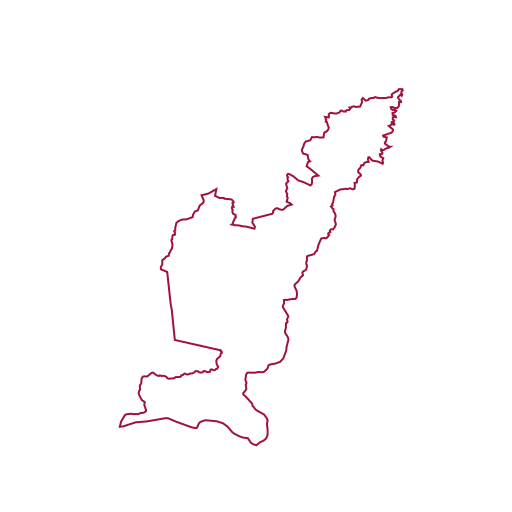 outline of Tetu, Central, Kenya, rotated 291°
{"feature_id": "3690345B96542987367119", "entity_name": "Tetu", "entity_type": "district", "adm_level": 2, "iso_a3": "KEN", "parent_name": "Kenya", "parent_adm1": "Central", "projection": "equal_earth", "projection_center": [36.862, -0.453], "detail": "fine", "context": "isolated", "style": "outline", "palette": "rose", "viewbox_px": 512, "rotation_deg": 291, "n_neighbors": 0, "source": "geoboundaries", "source_scale": "gbopen_adm2", "svg_char_len": 6113}
<svg xmlns="http://www.w3.org/2000/svg" viewBox="0 0 512 512"><g transform="rotate(291 256 256)"><path d="M47.8,190.0L49.3,193.0L57.7,203.4L62.3,213.1L72.5,230.2L73.0,232.6L72.7,240.7L73.0,257.5L73.7,261.4L74.7,262.5L79.3,262.7L80.9,263.4L83.4,265.9L84.8,268.3L85.2,269.8L87.6,278.5L88.0,285.2L86.5,290.6L83.3,296.4L82.4,299.0L81.7,305.0L81.8,308.9L83.0,313.6L79.8,318.3L79.3,320.6L79.4,324.1L83.4,326.4L86.3,329.2L89.4,330.9L93.3,330.9L98.4,328.9L103.1,326.4L106.6,325.8L108.2,324.5L110.9,320.4L112.0,312.6L112.8,310.0L114.2,308.1L114.7,306.5L116.5,305.6L117.1,304.7L120.8,297.4L122.2,293.7L123.6,293.2L125.8,294.2L128.5,294.6L131.8,292.7L134.2,292.6L136.4,290.5L141.4,289.3L143.7,289.6L144.4,290.6L146.6,296.7L148.7,300.0L149.6,303.4L150.8,305.0L154.7,307.0L158.6,306.9L160.3,308.8L162.6,312.8L165.8,316.4L170.1,318.2L178.7,318.1L182.2,317.1L189.9,316.2L192.1,314.3L194.6,310.8L195.9,310.0L199.8,309.6L204.0,308.1L205.1,309.0L206.1,309.0L207.6,307.7L211.4,307.8L218.0,299.3L219.1,298.9L221.9,299.2L224.9,297.8L225.6,298.8L225.8,300.2L228.4,304.4L230.0,308.1L231.7,308.8L235.1,308.0L238.2,306.3L240.8,303.4L242.4,302.4L243.3,302.4L247.7,304.6L251.3,305.1L253.6,306.0L254.3,306.7L255.1,306.7L256.8,305.3L258.1,305.3L260.7,307.4L261.8,307.7L265.3,307.1L266.4,305.9L268.2,305.1L269.9,305.2L273.4,303.9L274.4,304.0L278.5,309.5L282.0,310.3L282.7,311.1L288.8,310.3L295.7,310.6L297.3,313.2L297.4,314.9L298.7,315.8L301.8,316.8L302.0,315.8L302.6,315.4L303.3,315.4L305.0,316.8L305.6,316.0L306.6,315.9L307.8,316.5L308.5,318.4L311.5,319.2L314.4,319.2L317.8,316.4L321.2,316.2L323.0,315.4L324.8,313.6L325.5,312.3L327.5,311.7L327.7,310.5L329.1,308.2L330.6,309.4L331.4,308.6L332.4,308.5L333.5,308.8L339.4,307.7L341.6,308.2L344.0,306.8L348.7,311.3L349.0,312.4L350.6,314.9L351.3,317.4L353.0,319.6L352.8,322.0L353.7,323.6L354.5,323.9L355.5,323.3L356.5,323.4L359.6,321.8L360.7,323.8L363.8,322.9L367.3,324.0L368.1,325.0L369.0,325.1L370.0,324.0L370.7,321.6L371.8,320.9L373.5,320.8L376.2,321.9L378.2,321.6L378.9,322.5L379.0,323.6L381.6,323.8L383.1,325.1L384.2,327.4L386.7,325.7L388.5,325.6L388.8,326.6L387.0,329.8L386.8,330.8L387.9,336.0L387.5,341.2L388.4,341.3L390.6,339.7L392.9,339.8L393.3,336.5L395.3,335.1L395.8,335.7L396.0,336.8L396.7,337.2L397.7,337.0L399.5,334.7L400.5,334.6L400.0,335.8L400.6,337.1L403.1,339.0L404.5,341.0L406.1,342.2L405.7,341.1L407.1,336.1L407.9,335.6L409.7,336.2L413.6,335.6L413.1,332.2L414.0,331.5L419.6,338.3L421.5,338.9L423.2,338.6L425.0,333.3L426.5,334.9L427.5,335.2L428.2,338.0L429.1,337.8L428.9,335.3L429.6,334.7L431.0,336.5L432.1,336.4L432.5,334.8L434.2,334.1L435.2,334.3L435.7,336.9L436.6,336.3L436.9,335.0L436.7,333.0L438.5,332.2L439.5,333.9L441.8,334.9L442.0,332.6L441.4,331.4L441.4,330.0L443.2,328.4L444.0,329.6L443.9,333.0L444.8,334.8L446.1,335.5L448.0,335.6L450.9,334.3L451.6,336.2L452.5,335.8L453.6,333.2L455.0,331.6L458.6,333.1L457.8,334.6L459.0,334.7L460.5,333.2L461.6,332.9L463.3,333.6L464.2,332.9L463.0,329.6L460.5,329.0L459.9,327.9L456.1,325.1L455.2,324.8L453.7,326.0L452.7,325.7L451.8,323.1L449.9,320.4L447.8,314.9L447.1,312.1L447.2,310.8L446.7,309.8L445.7,309.2L444.8,307.1L443.4,305.2L441.7,304.8L440.4,302.8L441.7,299.1L439.8,298.6L437.5,299.9L432.8,299.6L430.9,295.8L430.9,294.1L429.8,292.1L429.0,291.9L428.1,290.2L427.5,291.2L425.7,290.7L424.5,288.2L423.8,287.7L423.0,288.0L422.2,285.9L422.4,283.7L421.9,282.8L420.1,282.6L417.6,279.8L416.4,274.3L414.6,273.1L411.5,274.3L410.6,270.7L409.7,271.8L408.8,271.9L408.3,272.8L406.4,273.0L406.4,274.2L405.7,274.9L404.8,275.3L401.8,278.0L400.1,278.1L398.0,277.5L397.3,276.8L396.5,276.7L396.1,275.7L395.1,275.5L390.9,276.5L389.4,273.1L389.0,270.2L388.0,268.5L387.0,265.6L383.5,265.2L380.9,261.6L379.3,260.9L376.6,260.7L375.5,261.1L371.8,260.7L370.0,261.7L368.5,263.4L368.9,267.9L364.9,270.4L363.8,272.5L362.3,270.9L357.9,271.1L356.8,275.3L353.4,285.4L351.6,282.2L350.2,280.8L347.8,280.5L346.2,281.5L343.2,282.3L341.4,281.6L342.0,273.8L341.7,268.2L343.8,262.4L344.4,257.8L344.2,256.6L343.2,256.0L342.2,256.1L340.9,257.8L340.2,257.4L338.1,258.5L337.5,259.5L334.6,258.2L333.8,258.4L330.7,260.8L327.2,260.7L325.0,263.0L323.0,263.3L321.6,264.8L317.7,265.1L317.4,269.4L316.8,270.9L313.9,267.2L309.4,265.0L308.4,263.9L308.0,261.2L308.3,259.0L307.3,257.2L304.0,255.8L303.1,256.4L301.3,256.1L289.6,239.7L285.9,240.6L283.3,244.1L282.7,244.6L280.9,244.7L279.9,236.0L279.1,233.6L278.4,229.0L277.2,225.3L276.7,222.1L277.7,222.8L280.4,222.4L281.7,222.9L282.9,222.5L285.1,223.4L285.7,222.6L287.0,222.2L287.2,219.6L288.9,218.0L290.8,217.7L291.5,216.6L292.8,216.1L293.7,216.2L293.9,217.4L297.0,215.0L298.1,216.0L299.0,215.1L299.9,213.3L299.9,212.0L298.1,205.9L298.7,205.1L297.1,201.2L297.5,196.2L304.3,195.0L297.3,189.3L293.2,183.4L289.3,187.2L287.0,187.8L282.9,185.4L277.7,185.3L275.7,183.0L271.9,182.4L269.6,182.9L265.2,177.8L263.9,174.6L262.9,173.3L261.3,171.5L258.4,169.8L253.4,170.5L250.8,171.5L249.8,170.7L248.1,172.4L246.6,172.6L246.0,171.0L245.0,170.8L241.5,171.7L240.4,171.3L236.8,174.0L232.7,174.9L230.7,174.3L228.4,174.4L227.2,173.8L225.0,174.4L223.0,172.2L221.1,171.7L218.6,170.0L214.6,171.5L211.5,171.1L209.5,172.0L209.3,178.8L180.5,193.6L175.5,196.7L148.5,210.3L155.3,256.9L154.5,257.1L154.3,258.4L153.3,258.8L152.5,258.1L149.6,258.5L145.8,256.5L143.8,256.5L140.9,258.1L138.9,260.4L136.8,260.1L136.4,259.3L134.6,258.4L134.2,257.4L134.3,255.4L133.7,254.3L131.7,254.6L130.6,253.2L130.1,252.0L130.2,249.1L129.7,248.2L128.6,248.0L127.7,247.1L127.3,245.8L127.0,244.6L127.6,243.5L126.9,240.8L125.1,240.0L123.6,238.7L122.8,236.8L121.1,235.1L120.7,234.0L120.7,231.6L120.0,230.9L118.5,230.3L117.9,229.0L116.7,229.1L115.9,228.5L114.1,224.3L112.5,223.4L110.0,218.1L110.2,216.7L111.0,215.9L111.2,213.8L111.0,212.4L110.2,211.1L110.1,209.0L109.3,208.5L109.0,207.1L109.3,204.5L110.2,202.0L110.0,201.1L109.5,200.4L104.5,197.6L103.6,194.8L102.9,193.7L100.8,193.1L95.7,194.5L93.9,194.0L92.7,194.2L89.6,195.7L88.2,195.3L85.8,195.6L84.3,196.8L80.6,201.0L79.8,204.5L77.1,205.0L72.4,208.8L71.7,208.9L69.5,207.4L67.8,204.2L66.3,203.0L64.4,198.0L64.0,196.0L61.8,191.7L61.0,191.1L60.3,190.6L53.2,189.4L47.8,190.0Z" fill="none" stroke="#9f1239" stroke-width="2"/></g></svg>